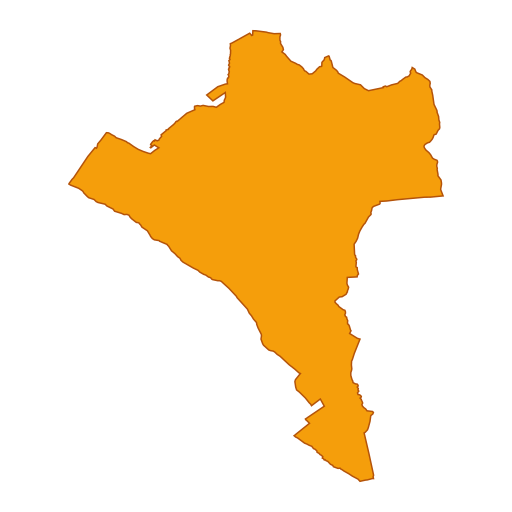 outline of Dagata, Iasi, Romania
{"feature_id": "2599482B86664490925481", "entity_name": "Dagata", "entity_type": "district", "adm_level": 2, "iso_a3": "ROU", "parent_name": "Romania", "parent_adm1": "Iasi", "projection": "natural_earth1", "projection_center": [27.196, 46.933], "detail": "fine", "context": "isolated", "style": "filled", "palette": "amber", "viewbox_px": 512, "rotation_deg": 0, "n_neighbors": 0, "source": "geoboundaries", "source_scale": "gbopen_adm2", "svg_char_len": 5970}
<svg xmlns="http://www.w3.org/2000/svg" viewBox="0 0 512 512"><path d="M69.0,183.6L68.9,184.1L70.8,185.2L78.7,188.3L82.1,190.6L83.0,191.4L83.8,192.9L87.3,196.5L88.7,197.7L94.1,199.5L96.2,201.6L98.0,202.5L105.1,204.2L106.9,206.0L113.0,209.0L114.6,211.2L121.6,213.4L124.1,214.6L126.9,214.4L129.0,215.2L130.2,217.3L131.8,218.9L136.3,222.4L138.3,222.7L139.2,223.2L139.5,223.8L140.7,225.0L141.9,227.1L147.4,230.8L150.1,235.3L150.6,236.4L152.4,238.6L154.3,239.8L159.1,240.6L159.7,241.3L167.3,244.5L167.4,245.0L168.7,246.3L171.5,250.8L175.0,253.7L177.6,256.6L180.0,258.3L181.0,260.3L183.1,262.2L193.4,268.1L198.0,270.3L199.8,272.1L203.8,274.4L205.7,275.0L208.4,277.0L210.6,277.7L211.7,279.1L212.6,279.6L217.7,280.7L219.6,280.7L221.2,281.3L228.9,288.3L236.4,296.3L237.1,297.7L247.4,309.1L249.3,313.2L251.5,315.8L253.5,319.1L256.3,322.3L256.6,322.9L256.7,324.3L258.1,328.0L261.3,334.3L261.5,335.8L261.0,339.1L262.7,343.8L263.6,345.3L268.8,350.0L270.5,350.6L273.2,351.1L274.7,352.0L277.2,354.4L280.0,356.2L289.1,364.7L294.9,369.2L299.0,372.9L300.4,373.5L295.5,379.6L295.1,380.8L294.9,381.7L295.7,387.1L296.6,389.9L299.4,392.1L305.3,397.9L309.3,402.9L310.6,404.1L311.5,405.7L320.3,399.0L324.3,406.2L305.4,419.0L305.8,419.8L306.5,420.3L309.5,423.3L294.1,435.7L295.6,437.0L297.5,437.9L304.5,443.1L307.0,444.1L309.0,445.2L311.8,446.3L313.5,448.6L315.0,449.2L316.8,450.8L317.1,452.3L319.0,453.3L320.1,454.6L321.4,455.3L322.8,456.7L322.3,458.1L323.5,458.7L324.3,460.0L325.1,459.7L326.1,460.7L327.8,461.4L330.5,464.3L332.8,465.4L333.4,466.7L338.0,468.4L340.1,468.2L341.1,469.3L342.0,469.6L343.9,471.0L348.9,473.8L352.3,476.1L358.0,479.1L360.0,481.3L365.5,480.1L367.4,479.9L372.2,478.6L373.5,478.6L373.1,476.8L373.6,475.2L368.9,453.5L364.1,432.9L365.2,432.3L367.5,429.8L368.3,427.7L370.0,421.3L370.7,416.1L370.9,415.5L372.8,414.0L373.4,412.4L372.5,411.5L367.0,410.8L365.6,408.9L363.8,407.6L362.4,406.0L361.9,404.4L362.6,403.3L362.6,402.7L361.3,399.8L361.3,399.4L360.1,398.1L361.1,397.2L361.3,396.8L361.3,396.3L359.8,394.9L358.0,394.5L357.5,392.8L358.8,391.1L357.9,389.9L358.2,389.2L358.3,388.5L357.3,387.3L357.4,386.6L357.9,386.4L358.1,386.0L358.1,385.3L357.2,384.1L355.5,383.9L353.0,382.6L352.8,381.1L352.0,379.6L350.8,375.4L350.8,372.6L351.6,370.1L351.8,368.8L351.4,365.0L351.6,361.0L352.3,359.7L354.3,353.4L360.0,339.1L357.3,338.3L349.6,333.5L351.0,330.8L350.5,330.0L349.3,325.9L348.5,324.5L347.6,323.9L347.5,322.5L347.7,320.6L347.0,319.2L346.6,317.2L345.5,316.5L344.8,314.8L345.5,313.1L345.4,311.6L344.9,310.3L343.1,309.7L338.9,306.6L337.9,305.0L336.4,303.8L335.0,302.2L335.0,300.9L339.3,297.0L342.1,296.7L346.0,294.3L346.6,293.4L346.8,292.5L347.4,292.0L347.4,291.0L348.2,289.0L348.6,287.2L347.4,285.1L346.9,283.3L347.3,277.4L357.1,276.9L357.4,275.3L358.5,274.0L357.3,269.8L357.2,267.6L356.2,267.1L355.9,266.7L356.3,262.4L355.9,260.9L356.6,259.9L356.8,259.2L355.6,257.4L355.5,255.6L354.8,255.0L354.6,254.3L354.1,244.2L356.1,241.3L357.6,238.2L358.6,234.1L359.9,230.9L362.1,227.0L363.9,224.3L365.0,223.3L368.5,217.0L371.0,214.5L371.1,213.7L370.8,212.7L371.6,210.4L372.0,208.1L372.6,207.2L373.8,206.3L379.6,204.1L380.1,203.2L379.9,201.4L386.7,201.0L397.2,199.7L424.5,197.2L430.7,197.1L443.1,195.9L440.7,189.7L440.7,188.8L441.5,184.5L441.5,183.0L441.0,180.0L437.9,175.7L438.0,174.4L437.1,169.6L437.3,168.3L436.7,166.1L436.9,164.3L437.6,162.1L437.4,161.1L437.0,160.3L434.2,159.2L432.5,158.1L430.6,154.7L428.9,152.6L426.0,150.1L424.6,148.2L424.0,146.7L424.1,145.9L424.9,144.5L427.6,142.8L429.5,142.3L431.0,140.7L432.4,138.9L433.3,137.0L433.8,135.2L434.4,134.6L436.0,134.2L436.3,133.8L438.0,130.4L439.5,128.8L439.8,127.5L439.5,124.0L439.7,122.3L438.9,120.0L438.6,116.5L437.0,112.1L437.1,111.3L436.8,110.2L434.0,104.4L432.7,95.2L431.8,91.1L431.8,89.9L429.9,86.9L429.8,85.1L430.2,83.4L429.9,81.4L427.8,79.4L425.0,77.7L422.3,75.0L416.7,72.7L415.9,71.9L414.8,69.1L412.2,67.5L411.8,69.1L410.2,71.4L410.2,72.0L410.7,73.1L409.2,75.8L407.3,76.9L405.8,77.1L402.2,79.7L401.4,80.5L399.8,81.3L397.7,83.4L391.5,84.9L387.4,86.5L386.4,86.7L385.7,86.1L385.2,86.1L383.2,86.8L383.4,87.6L368.5,90.7L364.3,88.6L360.5,84.8L354.8,83.5L352.9,82.7L344.8,77.1L338.3,73.2L337.8,71.9L336.5,70.3L332.9,67.5L331.3,61.2L331.0,60.5L330.2,60.1L329.1,56.2L328.6,55.9L324.7,57.6L324.4,59.2L323.9,60.2L322.4,61.7L321.9,62.6L321.8,65.7L321.6,66.4L319.6,66.7L316.8,69.3L315.7,70.9L312.2,73.8L309.0,74.1L305.8,71.3L304.9,71.0L304.0,70.0L303.5,68.8L301.8,66.9L299.2,64.9L297.4,64.4L295.6,63.3L290.9,61.2L286.5,56.2L285.2,54.4L281.9,51.9L283.4,49.7L282.9,47.4L280.5,43.4L280.6,41.5L279.9,40.2L279.9,36.8L280.4,35.5L280.5,34.5L280.2,33.5L274.1,33.7L268.3,32.7L266.2,32.1L256.0,30.8L252.9,30.7L252.6,35.1L251.7,35.5L249.7,33.2L232.0,43.0L230.3,43.7L230.5,45.6L230.0,48.2L230.6,50.3L230.5,54.1L230.2,54.7L230.3,55.8L229.7,57.1L229.8,57.6L229.4,58.2L230.0,59.4L229.7,59.9L228.9,60.5L229.5,63.2L228.6,65.1L228.9,65.8L229.6,66.4L229.5,67.5L228.9,68.0L229.0,68.6L228.5,69.2L228.9,70.1L228.8,70.7L229.3,71.7L228.9,73.0L228.9,73.8L228.1,74.5L228.8,76.0L228.7,77.1L228.1,77.6L228.0,78.2L227.5,78.4L227.2,79.5L227.1,81.0L227.5,83.8L225.3,84.1L217.8,86.7L206.7,95.0L212.9,100.9L225.3,92.5L225.6,97.0L225.4,97.9L224.3,100.2L224.1,102.2L223.6,102.6L220.5,104.3L216.3,107.3L213.1,106.4L208.5,106.5L203.1,105.4L200.4,106.1L197.6,105.6L194.7,106.2L194.5,106.5L194.5,108.4L194.9,109.7L186.7,113.3L177.2,121.4L176.7,121.2L176.0,121.6L175.2,122.8L173.7,124.4L168.4,128.8L168.4,129.4L166.1,130.0L166.1,130.7L161.1,134.8L161.6,136.4L159.4,138.9L158.9,140.1L157.2,140.8L155.0,139.8L154.5,141.0L153.7,140.7L152.5,141.8L150.8,144.1L150.6,144.7L152.0,145.7L150.3,147.4L150.8,147.8L154.3,145.0L158.8,147.8L154.6,150.5L150.6,153.7L148.3,153.2L143.3,151.5L138.3,149.4L133.7,146.6L128.8,143.1L127.7,142.8L126.3,141.6L121.6,139.6L116.1,137.7L114.6,136.2L111.5,134.6L109.5,133.3L108.3,132.8L106.4,132.7L100.9,140.1L97.7,143.9L97.1,147.0L96.5,148.2L95.1,147.6L87.9,156.4L73.6,177.8L72.1,179.3L69.0,183.6Z" fill="#f59e0b" stroke="#b45309" stroke-width="1.5"/></svg>